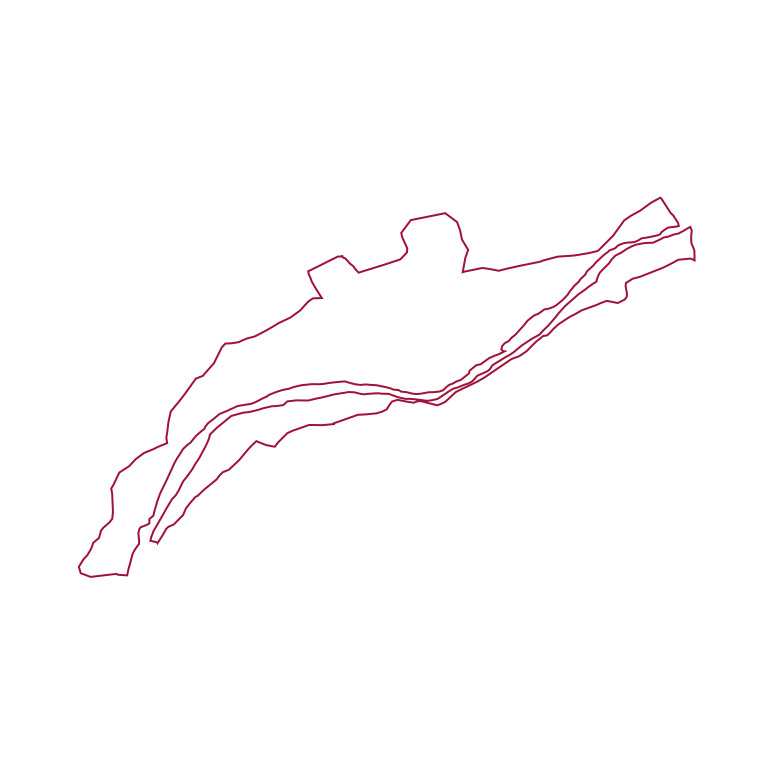 Isna, Qina, Egypt, rotated 84°
{"feature_id": "37247803B29149830762978", "entity_name": "Isna", "entity_type": "district", "adm_level": 2, "iso_a3": "EGY", "parent_name": "Egypt", "parent_adm1": "Qina", "projection": "robinson", "projection_center": [32.548, 25.368], "detail": "fine", "context": "isolated", "style": "outline", "palette": "rose", "viewbox_px": 768, "rotation_deg": 84, "n_neighbors": 0, "source": "geoboundaries", "source_scale": "gbopen_adm2", "svg_char_len": 6048}
<svg xmlns="http://www.w3.org/2000/svg" viewBox="0 0 768 768"><g transform="rotate(84 384 384)"><path d="M547.5,659.4L545.5,658.8L540.3,657.1L536.6,655.5L531.9,653.8L526.7,651.8L523.0,649.3L519.5,646.3L517.5,644.4L514.5,643.9L506.8,643.9L502.6,642.4L501.0,641.0L500.3,638.2L499.5,635.3L498.2,632.0L496.7,631.7L493.8,631.5L492.7,629.9L490.8,627.1L487.2,625.9L477.3,621.9L469.3,618.0L457.8,610.8L439.5,599.9L435.4,596.8L432.6,594.5L430.5,592.8L428.2,591.1L426.4,589.1L423.6,585.3L422.1,582.6L418.2,578.7L415.6,575.9L412.0,570.8L409.7,567.2L407.7,566.2L404.3,562.7L401.5,558.0L396.7,550.8L394.2,542.5L392.1,536.4L390.6,531.8L390.1,523.6L389.9,518.4L388.6,513.6L386.1,507.4L384.3,502.2L382.8,499.4L381.3,494.4L380.1,489.4L379.3,485.2L378.8,479.0L377.8,475.0L377.1,470.8L376.6,466.5L376.6,455.3L377.4,449.5L377.6,444.3L377.2,437.9L377.2,426.7L377.3,422.8L379.4,417.7L381.2,412.8L382.5,407.4L382.5,402.6L383.6,396.7L384.4,391.7L386.0,386.7L387.5,382.0L389.1,377.8L390.4,375.6L391.6,370.0L393.3,367.9L394.5,362.4L396.4,357.2L397.4,353.0L397.5,348.4L396.9,340.7L397.3,335.2L397.3,329.7L396.3,325.7L393.5,322.2L391.7,319.3L390.9,316.0L389.1,311.7L387.9,307.0L385.0,302.5L382.6,298.8L381.8,298.1L379.8,297.6L376.8,293.2L374.9,290.1L374.5,285.8L371.7,281.0L369.4,277.0L367.4,271.0L366.6,267.4L365.6,264.6L364.1,260.6L363.5,262.4L361.7,263.7L358.7,262.5L356.1,259.8L354.3,255.5L351.5,252.5L348.7,248.2L345.7,244.8L340.1,238.6L336.2,234.8L333.4,230.6L331.3,227.0L330.4,223.5L328.3,219.6L326.6,216.8L326.3,212.5L325.1,207.6L323.8,204.6L319.8,198.5L317.7,195.8L314.3,191.9L311.3,189.5L308.8,187.0L306.4,184.7L304.4,182.0L302.8,179.8L299.9,177.3L297.9,174.5L296.1,172.3L294.5,171.3L293.3,170.5L291.3,167.9L288.1,163.5L284.9,160.2L282.7,157.2L279.7,153.3L277.5,150.0L276.1,147.5L274.8,146.1L273.9,142.6L273.1,139.8L270.9,137.1L269.9,134.5L269.1,131.1L268.8,126.7L269.0,123.3L269.0,120.1L268.0,116.6L266.0,112.4L266.0,110.6L265.8,106.4L265.5,103.3L265.1,99.3L264.7,96.3L264.0,93.7L262.1,92.3L260.6,89.9L259.1,87.1L258.1,85.0L258.0,76.6L257.7,74.3L254.6,74.7L246.3,78.9L244.2,80.9L228.7,88.7L227.6,89.8L231.6,99.4L238.5,111.3L242.3,120.4L246.3,127.9L260.4,140.6L274.0,157.3L275.2,166.2L275.8,176.0L276.1,181.7L275.5,198.1L277.8,212.7L278.7,215.9L280.7,237.0L282.2,250.0L283.4,258.1L282.9,259.6L280.8,266.5L278.9,274.0L280.6,291.9L281.0,294.0L267.0,289.9L259.4,286.3L248.4,291.4L239.5,292.2L230.6,294.4L225.1,300.3L220.5,305.3L222.6,327.1L222.6,327.8L222.7,328.4L223.1,333.0L223.8,340.2L235.6,351.1L240.4,350.4L251.4,346.7L255.5,347.4L261.7,354.6L265.1,369.9L270.6,397.6L269.6,398.4L266.7,400.5L263.8,402.1L260.8,405.2L257.6,407.4L254.9,409.6L253.7,411.9L252.5,412.0L252.4,413.1L252.7,414.4L252.4,416.6L257.0,428.8L260.1,437.1L262.7,444.1L263.9,447.6L267.3,447.3L270.3,446.2L275.0,445.0L280.3,442.6L285.1,440.3L290.3,437.7L292.0,436.8L291.8,440.1L291.4,445.8L294.0,450.6L302.2,459.8L303.5,462.1L308.1,470.1L312.6,482.9L315.3,488.4L318.8,496.4L323.2,507.5L324.4,515.6L327.2,524.4L327.5,529.7L327.6,531.0L327.2,537.5L330.5,541.4L345.6,551.0L357.0,563.4L359.0,570.6L371.9,582.0L373.3,583.3L379.2,588.9L389.0,598.9L399.1,602.3L410.0,604.8L414.7,606.1L420.1,605.8L422.9,615.4L424.7,620.2L427.5,629.8L432.6,638.5L439.2,646.2L444.4,656.5L455.7,663.4L459.5,666.2L464.9,665.8L478.0,666.6L483.4,667.0L486.5,667.7L489.6,668.3L492.8,671.3L497.8,678.4L500.2,680.7L507.3,683.5L511.5,689.7L516.2,691.9L518.6,693.4L523.4,697.1L526.7,701.0L533.9,706.6L540.5,705.4L541.3,703.8L545.2,695.9L545.0,682.2L544.9,670.9L544.9,670.0L545.1,669.6L545.9,668.6L547.5,659.4ZM518.5,625.8L511.6,620.2L508.4,617.9L505.2,615.7L503.5,613.3L501.7,607.7L493.4,597.6L487.1,594.0L482.2,589.4L476.5,583.2L475.6,580.8L470.7,574.6L461.4,560.5L457.4,556.7L454.9,553.6L453.0,547.1L444.7,536.2L435.0,526.2L431.7,522.4L427.5,516.9L428.3,515.5L432.4,507.6L435.0,499.2L431.0,495.4L422.8,485.3L420.9,479.7L419.2,472.4L416.9,462.8L418.5,449.6L418.6,438.1L417.9,438.2L411.9,413.2L412.3,405.8L412.4,394.4L411.3,388.7L409.5,383.9L405.5,380.9L402.3,377.9L401.2,372.2L401.5,371.1L404.5,361.3L405.7,356.3L404.8,353.0L404.7,351.8L404.7,350.1L405.2,348.3L410.7,333.4L410.0,330.1L408.1,324.9L399.5,313.4L396.8,306.2L394.2,298.7L391.4,291.0L387.9,283.1L382.7,273.6L375.9,260.9L372.5,254.6L370.5,246.6L366.5,239.2L366.2,238.7L358.0,228.6L352.9,220.7L352.7,216.7L351.0,214.3L346.9,209.7L342.8,204.2L336.7,192.4L334.9,187.6L331.4,179.6L327.4,163.5L326.5,161.1L324.6,153.9L324.8,153.1L327.9,143.0L325.2,135.8L322.7,133.5L319.6,132.9L311.9,133.5L308.8,132.8L308.4,131.9L305.3,125.7L304.2,118.4L297.5,94.3L293.9,84.7L291.2,78.4L291.3,66.1L293.5,62.2L291.2,62.1L289.5,61.8L283.4,61.4L275.8,63.6L269.6,63.1L263.4,61.9L259.8,63.0L261.1,66.2L263.1,70.4L265.1,75.3L265.7,80.6L267.2,86.0L267.5,90.5L269.1,94.3L271.6,101.6L271.2,107.4L271.1,110.9L271.4,114.6L271.9,119.7L273.5,124.6L275.2,128.7L278.2,134.4L280.4,140.3L283.8,144.4L287.7,147.8L291.9,153.1L295.8,157.7L299.7,160.2L303.6,161.8L304.5,162.1L305.9,165.2L308.5,170.0L311.7,175.1L315.2,181.4L319.2,187.0L325.2,195.5L332.3,203.4L335.2,206.1L338.3,209.4L343.1,214.5L346.7,219.2L351.2,224.4L354.8,232.8L360.2,243.2L366.0,251.8L368.2,256.0L370.2,260.8L372.0,264.4L375.1,271.0L376.8,274.3L380.6,277.4L382.2,280.0L383.9,285.3L385.5,290.3L388.0,292.9L390.6,296.0L392.2,299.7L393.1,304.0L395.2,311.3L395.9,315.6L398.4,320.9L400.0,323.7L402.3,328.2L404.0,331.4L404.5,332.5L405.2,338.6L405.2,343.1L402.8,353.1L401.5,359.5L401.0,364.4L398.4,372.0L394.2,380.5L393.9,383.4L393.4,387.4L392.8,389.8L392.4,393.3L392.1,402.0L392.2,404.9L391.3,408.5L389.2,414.2L388.3,420.0L388.6,424.8L389.1,434.3L390.8,446.3L391.5,453.4L392.5,461.2L391.1,472.8L391.2,482.0L392.7,483.9L394.5,486.5L394.7,493.6L394.4,497.8L395.4,506.1L396.7,512.6L397.8,521.2L397.8,527.1L399.8,539.2L404.7,546.6L410.1,554.9L416.0,562.3L419.9,563.7L422.9,565.3L427.7,568.2L433.9,572.5L438.0,575.2L443.4,579.7L449.5,584.2L455.2,589.4L459.8,593.9L469.0,599.7L473.1,602.9L476.2,606.7L484.0,612.6L493.4,619.3L497.3,622.1L506.2,628.6L512.6,631.8L515.5,632.7L517.9,625.9L518.5,625.8Z" fill="none" stroke="#9f1239" stroke-width="2"/></g></svg>